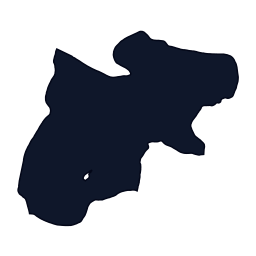 outline of Damt, Al Dali', Yemen, rotated 179°
{"feature_id": "15242507B35659616326925", "entity_name": "Damt", "entity_type": "district", "adm_level": 2, "iso_a3": "YEM", "parent_name": "Yemen", "parent_adm1": "Al Dali'", "projection": "orthographic", "projection_center": [44.686, 14.105], "detail": "fine", "context": "isolated", "style": "filled", "palette": "ink", "viewbox_px": 256, "rotation_deg": 179, "n_neighbors": 0, "source": "geoboundaries", "source_scale": "gbopen_adm2", "svg_char_len": 5840}
<svg xmlns="http://www.w3.org/2000/svg" viewBox="0 0 256 256"><g transform="rotate(179 128 128)"><path d="M52.8,100.3L52.4,105.3L52.0,107.3L51.9,108.2L52.0,109.1L52.1,110.1L52.5,110.9L53.2,111.8L53.8,112.4L55.3,113.9L55.9,114.6L57.7,115.9L59.2,117.2L60.0,117.8L60.8,118.5L61.4,119.2L61.9,120.0L64.1,124.8L64.5,125.8L64.7,126.7L65.1,127.6L65.3,128.6L65.3,129.6L65.2,130.6L64.8,131.5L64.5,132.4L64.1,133.3L63.1,134.9L59.9,138.9L58.2,141.6L57.1,143.0L56.6,143.9L55.9,144.6L54.8,146.2L54.5,147.2L54.0,148.0L53.4,148.6L52.5,149.0L51.5,149.2L48.5,149.2L47.5,149.2L45.5,149.3L44.6,149.0L43.7,148.9L42.8,149.1L41.9,149.5L40.8,150.1L39.5,151.4L38.6,151.7L37.7,151.7L36.8,151.5L35.9,151.9L35.1,152.5L34.8,153.3L34.6,154.2L34.0,155.2L33.2,155.7L30.6,156.6L29.7,156.6L28.7,156.2L27.7,156.0L26.8,156.1L25.9,156.3L24.2,157.1L23.4,157.5L22.6,158.4L22.2,159.2L21.0,162.2L20.7,163.1L19.4,165.6L19.1,166.5L18.7,168.4L18.1,170.3L17.5,172.2L17.3,173.1L17.2,174.1L17.1,175.0L17.0,176.9L17.1,178.1L17.5,181.0L17.7,183.0L17.8,183.9L18.0,185.7L18.1,186.8L18.8,189.8L19.1,190.7L20.0,192.4L20.4,193.4L20.7,194.2L21.2,195.0L21.7,195.7L22.3,196.5L23.7,197.7L24.5,198.2L26.4,198.9L27.3,199.3L28.2,199.5L29.2,199.7L31.0,200.1L34.7,200.2L36.5,200.2L43.1,200.5L44.0,200.6L45.1,200.7L46.0,200.7L47.9,200.9L50.0,201.2L51.0,201.5L52.0,201.5L54.9,202.1L56.9,202.6L58.0,203.0L60.1,203.5L61.0,203.7L62.0,203.7L62.9,203.9L64.0,204.0L66.0,204.3L67.6,204.7L69.4,205.0L69.9,205.1L70.8,205.1L73.0,205.5L74.1,205.7L75.0,206.1L78.4,207.1L80.4,207.8L83.1,208.6L85.0,208.9L85.9,209.2L86.7,209.6L88.7,212.3L89.2,213.0L90.0,213.7L90.8,214.2L91.7,214.4L93.9,214.7L96.0,215.0L96.9,215.0L97.9,215.0L98.8,215.1L99.7,215.2L100.7,215.3L101.7,215.6L102.6,215.9L103.6,216.4L104.4,217.0L105.0,217.7L106.1,219.3L106.9,220.3L107.7,221.1L110.2,223.4L111.0,223.8L112.0,224.2L114.1,224.3L115.0,224.0L117.9,222.6L119.1,222.1L125.0,219.5L126.0,219.1L127.8,218.2L130.0,217.0L131.0,216.2L132.9,215.1L133.7,214.5L135.9,212.2L137.7,210.5L139.1,208.9L140.0,207.0L140.4,206.1L140.7,205.2L141.0,204.3L141.0,203.3L141.2,202.4L141.3,201.3L141.0,199.3L140.7,198.2L140.4,197.3L139.7,195.5L139.1,194.6L138.6,193.7L137.9,193.1L136.1,192.1L134.4,191.0L133.3,190.4L130.9,189.1L130.0,188.7L128.3,187.6L126.5,186.2L125.9,185.6L125.3,184.8L124.3,182.8L124.3,181.9L124.8,181.1L125.6,180.7L127.5,180.1L128.3,180.0L129.3,180.0L130.6,180.1L131.6,180.1L132.5,180.0L134.4,179.6L137.3,179.3L139.1,179.0L141.4,178.8L142.3,178.8L143.5,179.0L144.5,179.1L145.5,179.5L146.4,179.8L149.3,181.2L150.4,181.9L154.2,183.9L156.9,185.2L158.0,185.6L158.9,186.0L162.6,187.8L167.5,190.5L172.2,193.5L175.6,195.9L178.4,197.6L180.3,199.0L181.2,199.3L182.0,199.8L182.9,200.7L197.8,208.2L198.7,206.1L198.9,205.2L199.2,203.2L199.5,202.3L199.9,201.3L200.2,200.4L200.4,199.5L200.9,197.6L201.1,196.6L201.1,195.7L201.0,194.8L200.5,193.8L200.2,192.9L199.9,191.7L199.8,189.8L199.6,188.9L199.5,186.6L199.7,185.4L200.0,183.3L200.8,181.5L202.3,179.3L203.2,178.1L203.8,177.1L204.6,175.3L205.1,174.4L205.7,173.3L207.3,169.7L208.1,166.9L208.8,165.0L208.9,163.9L209.7,161.2L209.8,160.3L209.8,159.2L209.8,157.3L209.3,155.3L208.9,154.5L208.4,153.7L207.3,152.1L206.7,151.3L206.0,150.5L205.5,149.5L205.3,148.7L205.1,147.7L205.0,146.8L205.1,145.8L205.5,144.0L205.8,143.1L206.4,142.4L207.2,141.7L208.1,141.0L209.5,139.8L210.4,138.9L211.2,137.9L211.9,137.1L212.4,136.3L213.1,135.5L213.6,134.5L214.7,133.1L215.1,132.3L216.0,131.1L216.5,130.2L218.0,127.5L219.2,125.8L220.8,123.1L221.4,122.3L222.4,120.3L223.0,119.6L224.1,118.2L224.7,117.4L225.3,116.4L226.4,114.3L227.3,112.5L228.6,110.5L228.9,109.7L229.9,107.8L230.7,106.0L231.0,105.1L231.4,104.0L232.3,101.0L232.5,100.1L232.9,98.1L232.9,97.3L237.5,77.1L238.2,72.0L238.1,71.0L238.4,70.4L238.7,69.6L238.9,68.7L239.0,67.7L238.9,66.8L238.6,65.9L237.7,64.1L237.0,63.5L235.4,62.3L234.7,61.7L234.2,61.0L233.4,60.5L232.6,59.9L231.8,59.1L231.4,58.3L230.4,55.4L230.3,54.5L230.0,53.5L229.6,51.7L228.6,47.9L228.4,47.0L228.2,46.0L228.0,45.1L227.9,44.1L226.4,44.0L224.6,43.8L223.4,43.5L222.1,42.7L220.9,41.6L217.4,39.3L216.0,38.5L214.1,37.6L213.7,37.3L213.3,37.2L211.9,36.5L210.6,36.0L208.5,35.1L206.6,34.5L205.2,34.0L204.5,33.7L202.6,33.1L200.5,32.5L198.8,32.3L196.7,32.1L195.8,32.0L193.6,31.8L191.5,31.7L187.1,31.7L185.9,31.9L183.9,32.4L183.1,32.7L182.1,33.0L181.2,33.3L180.4,33.7L179.6,34.1L177.9,34.7L177.0,35.3L176.3,36.0L174.9,38.3L174.4,39.1L173.8,39.8L173.2,40.7L172.7,41.4L171.5,44.2L170.2,48.1L169.9,49.3L169.5,50.3L168.8,51.5L167.8,53.1L167.2,53.8L166.4,54.4L165.4,55.1L162.7,56.6L161.6,56.9L159.7,56.7L158.6,56.6L157.7,56.7L154.8,56.7L152.1,57.7L150.4,58.2L149.5,58.5L148.4,58.7L147.5,58.9L146.6,59.3L145.6,59.6L144.5,60.0L143.6,60.2L141.4,61.2L140.6,61.9L139.0,63.0L137.0,64.0L135.3,64.6L131.4,65.5L129.4,65.8L126.5,65.8L124.7,66.0L123.7,66.0L122.8,65.9L121.8,65.8L120.9,65.4L120.0,65.0L119.2,68.4L119.1,69.4L118.6,70.7L117.8,73.7L117.8,74.7L117.0,78.7L117.0,82.0L116.6,82.7L116.1,86.4L116.1,87.6L116.0,88.5L116.1,91.4L116.5,92.3L116.8,93.1L116.8,94.0L116.5,94.9L116.4,95.9L116.1,96.9L115.8,97.7L114.2,99.7L113.5,100.7L112.5,102.4L111.5,104.0L110.3,105.4L108.9,106.7L108.2,107.4L107.9,108.2L107.9,109.2L108.7,111.8L108.3,112.6L107.5,113.1L106.6,113.4L104.8,113.9L103.9,114.0L102.9,114.0L102.0,113.8L100.0,113.8L99.1,113.8L98.1,113.9L97.3,114.2L96.4,114.5L95.4,114.7L94.5,114.5L93.8,114.0L92.5,112.5L91.1,111.3L90.3,110.8L89.5,110.4L85.6,108.9L83.9,108.0L83.1,107.4L79.7,105.4L78.0,104.2L76.3,103.2L75.4,102.8L73.5,102.2L72.3,101.9L71.2,101.8L70.3,101.7L68.5,101.7L65.8,101.8L64.7,101.8L63.8,101.6L62.9,101.2L61.1,100.6L60.2,100.4L58.2,99.9L57.2,99.8L56.3,100.0L56.1,100.1L52.8,100.3ZM165.5,86.2L165.2,86.3L165.0,85.9L166.0,84.5L167.1,83.7L167.9,82.5L167.4,80.5L168.1,78.6L171.7,76.0L173.7,77.7L173.7,79.4L172.4,81.7L170.3,83.3L168.6,84.3L166.6,85.8L165.5,86.2Z" fill="#0f172a" stroke="#020617" stroke-width="1.5"/></g></svg>